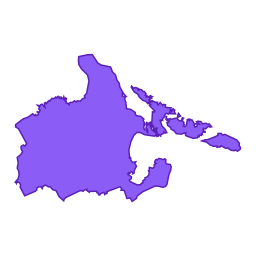 outline of Albay, Albay, Philippines
{"feature_id": "2640588B82697045094820", "entity_name": "Albay", "entity_type": "district", "adm_level": 2, "iso_a3": "PHL", "parent_name": "Philippines", "parent_adm1": "Albay", "projection": "robinson", "projection_center": [123.87, 13.255], "detail": "fine", "context": "isolated", "style": "filled", "palette": "violet", "viewbox_px": 256, "rotation_deg": 0, "n_neighbors": 0, "source": "geoboundaries", "source_scale": "gbopen_adm2", "svg_char_len": 5885}
<svg xmlns="http://www.w3.org/2000/svg" viewBox="0 0 256 256"><path d="M92.3,54.6L87.8,54.7L78.8,56.6L78.4,60.3L78.9,64.7L81.6,69.1L87.5,74.9L89.0,80.8L86.6,93.4L84.3,95.9L85.1,97.7L82.3,98.9L80.4,101.1L77.0,100.9L76.2,101.9L74.5,100.8L72.6,102.3L70.1,102.5L69.1,103.2L69.1,104.6L67.8,103.3L66.5,103.3L65.5,101.7L66.2,101.3L65.8,100.3L66.5,98.6L65.5,97.9L64.6,99.4L63.8,96.9L63.2,99.0L61.5,97.5L61.3,98.7L59.7,98.4L59.8,96.9L58.4,97.5L58.0,96.4L56.2,98.0L55.7,97.1L53.4,98.8L51.9,98.3L50.2,100.7L49.2,100.5L48.8,101.6L48.2,101.2L46.5,103.5L45.5,102.5L44.4,103.1L44.9,107.3L42.2,104.3L40.8,104.5L40.0,105.7L37.6,105.3L39.4,107.1L38.8,109.0L40.2,110.1L39.2,112.2L36.7,111.5L38.4,113.0L38.2,114.7L36.3,115.6L35.8,114.6L34.5,115.6L32.7,113.7L28.5,116.9L23.0,119.0L15.7,124.6L15.5,126.9L18.4,128.6L26.6,143.4L25.0,146.0L23.3,145.0L21.1,146.4L21.1,148.8L22.6,151.9L20.3,155.0L17.2,157.4L18.2,163.2L17.2,168.1L18.6,170.9L19.1,174.8L18.1,178.8L15.4,181.9L16.0,181.9L15.6,182.2L16.2,183.1L16.2,182.2L16.8,182.8L18.0,182.0L19.6,182.9L20.7,185.3L20.1,187.0L24.7,195.8L35.2,191.3L36.7,190.1L36.9,187.9L38.0,187.1L40.8,186.6L42.2,188.6L42.9,186.5L45.5,185.1L48.6,186.9L50.2,186.7L52.6,189.6L56.1,190.7L59.2,196.8L63.7,200.8L64.2,199.0L66.1,197.4L79.5,190.9L81.7,190.6L83.1,191.3L83.9,190.2L86.9,189.3L86.8,190.4L89.3,192.3L89.8,191.4L96.8,191.3L96.9,192.7L98.1,193.2L98.7,194.9L99.8,195.0L100.5,193.7L103.9,192.3L104.8,194.5L105.6,193.3L106.4,193.7L107.2,193.1L106.8,191.7L120.0,186.7L121.5,188.3L121.0,190.2L124.2,190.4L126.9,198.5L130.2,198.0L132.1,201.4L136.5,198.4L136.8,196.4L142.6,191.8L154.8,186.2L158.0,186.1L162.9,187.3L165.5,186.4L166.9,184.6L168.9,174.7L170.9,169.7L171.1,166.5L170.3,164.5L166.4,163.9L165.7,162.5L165.9,159.7L164.5,158.8L163.5,159.6L158.9,158.4L157.3,159.9L156.3,159.4L155.2,160.4L154.7,162.4L155.5,163.1L154.9,163.9L155.6,163.8L154.2,165.1L154.2,167.2L152.9,168.2L149.3,167.4L149.2,170.4L148.4,170.9L149.3,172.2L148.7,175.0L147.1,176.9L145.0,177.8L145.0,179.4L142.9,180.6L143.0,182.7L141.5,183.2L140.5,184.7L137.2,184.9L130.0,181.5L129.3,180.0L131.3,178.6L131.5,176.9L128.0,174.5L129.2,173.7L128.4,173.6L128.2,173.0L131.7,171.8L132.8,173.0L133.2,172.9L133.3,172.6L132.8,173.7L134.1,173.1L134.1,170.8L136.5,166.2L134.7,163.2L135.7,161.8L132.7,162.4L130.7,160.1L130.8,158.3L130.4,157.7L130.2,158.4L129.4,157.9L130.2,157.5L129.4,156.1L128.9,149.7L130.9,141.6L133.8,135.4L136.8,132.5L140.3,132.5L144.6,134.7L154.8,136.2L155.4,135.3L156.3,135.7L156.2,132.0L155.8,131.4L155.6,132.3L154.2,131.7L151.7,129.6L150.8,127.1L152.0,127.3L152.2,126.6L150.5,126.0L150.6,125.0L146.8,124.6L146.0,128.4L147.0,128.8L147.6,130.5L147.7,133.5L146.6,130.3L144.7,129.8L143.8,128.1L144.0,125.5L145.1,124.7L144.0,124.0L144.9,123.5L143.4,121.0L143.1,119.7L143.6,119.2L144.1,120.0L143.6,118.8L140.8,116.4L136.6,115.7L135.5,114.7L135.2,112.4L130.6,109.3L126.5,108.7L125.8,102.3L124.7,99.1L125.1,97.4L122.4,96.0L122.4,92.7L125.9,96.3L125.3,97.1L126.3,96.5L123.8,94.0L119.9,87.2L119.2,83.2L116.9,80.0L115.6,75.1L112.5,71.9L110.6,67.0L101.4,65.1L97.9,63.1L92.3,54.6ZM182.4,117.8L181.0,121.0L178.6,120.4L177.4,118.6L176.0,118.1L171.0,119.4L170.3,118.6L167.5,119.3L166.5,118.2L165.9,119.3L167.4,120.7L169.0,120.6L169.0,122.0L167.0,122.5L167.6,125.4L170.7,127.6L171.1,129.2L174.4,131.1L176.3,133.7L181.4,134.1L185.9,132.6L185.4,135.0L186.9,136.2L193.2,138.3L197.3,137.8L198.0,136.3L198.9,136.9L199.2,135.3L199.3,135.4L199.2,136.2L199.3,136.2L199.5,135.2L201.2,135.4L201.5,134.0L202.3,134.4L202.0,133.4L203.1,132.0L205.1,132.3L205.0,131.3L203.1,130.8L203.5,128.5L205.5,128.9L208.3,126.4L210.3,127.1L211.6,126.8L209.1,123.8L207.9,124.5L206.0,123.2L202.7,123.8L200.8,121.5L197.7,121.2L196.5,121.8L199.1,124.1L197.2,124.2L196.7,126.5L194.8,127.0L194.1,125.1L195.4,123.8L194.5,124.0L191.9,119.8L191.0,120.1L190.0,119.1L189.0,119.2L189.1,120.1L188.3,119.2L187.6,119.5L188.1,119.8L187.0,121.0L186.6,124.7L185.9,126.1L184.5,126.7L183.7,126.0L184.4,125.6L183.7,125.8L184.4,124.4L183.5,123.7L183.9,122.3L182.0,120.4L183.6,118.2L182.4,117.8ZM155.4,129.5L155.7,128.1L155.8,129.5L156.2,128.0L157.0,128.1L156.3,130.3L157.7,134.6L157.2,136.4L158.3,136.1L158.0,135.0L158.8,134.5L160.6,136.0L160.6,134.9L163.7,133.3L163.9,132.0L165.3,133.0L166.8,132.7L165.1,129.2L162.1,126.2L160.2,120.7L161.1,120.9L161.1,120.0L162.7,120.4L162.5,118.4L164.1,117.6L164.5,115.1L166.3,113.2L168.2,114.2L169.4,113.0L171.1,107.9L165.4,107.3L165.5,104.7L163.4,104.4L162.7,105.5L160.2,102.5L158.1,104.9L157.2,103.4L157.6,102.3L154.9,102.1L152.1,100.6L151.9,101.5L151.6,101.0L150.8,101.5L150.7,101.3L150.4,101.3L150.6,102.2L149.3,103.9L150.7,104.8L149.5,105.6L154.9,111.2L154.0,112.1L152.5,111.7L151.9,121.5L149.3,122.9L151.1,123.8L150.7,122.9L152.1,123.4L151.4,124.9L153.3,125.8L153.9,128.3L153.4,128.8L155.2,131.7L154.5,129.3L155.4,129.5ZM221.2,133.4L218.0,133.4L217.9,135.4L215.2,136.7L207.8,139.6L205.0,139.8L203.6,140.5L202.9,140.4L201.8,140.9L206.5,142.1L209.9,144.8L213.6,146.4L216.9,145.9L217.7,146.7L217.3,147.2L220.3,146.9L221.1,145.7L225.5,148.2L227.6,148.1L231.0,150.2L234.1,150.7L235.7,150.0L237.4,151.2L240.0,149.5L240.6,147.8L239.1,145.5L239.4,143.2L236.7,139.9L224.9,134.4L222.5,135.0L221.2,133.4ZM131.6,86.1L131.2,87.1L134.2,91.9L137.6,94.0L139.5,97.4L142.6,100.2L145.7,101.3L147.8,103.5L149.6,101.8L149.1,101.0L149.9,100.1L149.1,99.7L150.0,99.1L149.9,98.2L151.5,98.2L151.0,97.3L152.3,96.7L150.2,95.6L149.0,97.3L147.9,96.3L146.3,97.0L146.7,95.4L145.3,95.2L146.0,93.7L144.2,91.4L142.8,91.5L141.7,89.8L140.0,89.4L138.5,90.3L137.9,89.6L138.5,88.6L135.5,87.5L133.6,88.2L131.6,86.1ZM173.0,108.8L171.2,110.7L172.1,110.8L170.7,112.1L170.4,113.7L175.5,113.9L174.3,111.6L174.8,110.2L173.0,108.8ZM178.5,113.3L177.9,114.4L177.5,117.4L180.5,116.1L178.5,113.3ZM146.7,122.6L146.8,124.4L146.8,123.7L147.1,124.5L148.6,123.6L146.7,122.6ZM166.6,116.5L165.9,116.4L166.1,117.8L166.6,116.5Z" fill="#8b5cf6" stroke="#5b21b6" stroke-width="1.5"/></svg>